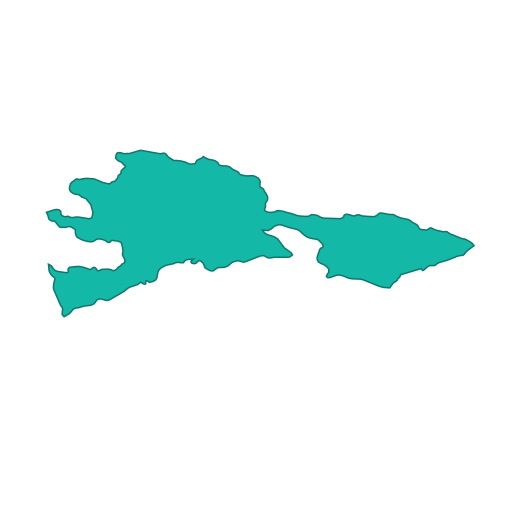 the border of Tak, rotated 279°
{"feature_id": "THA-404", "entity_name": "Tak", "entity_type": "Province", "adm_level": 1, "iso_a3": "THA", "parent_name": "Thailand", "parent_adm1": "", "projection": "equal_earth", "projection_center": [98.786, 16.488], "detail": "fine", "context": "isolated", "style": "filled", "palette": "teal", "viewbox_px": 512, "rotation_deg": 279, "n_neighbors": 0, "source": "natural_earth", "source_scale": "10m", "svg_char_len": 6040}
<svg xmlns="http://www.w3.org/2000/svg" viewBox="0 0 512 512"><g transform="rotate(279 256 256)"><path d="M243.1,194.6L242.0,189.8L241.2,187.5L240.0,186.4L238.0,185.3L237.6,182.8L237.5,180.0L236.8,177.7L235.4,175.5L233.3,170.0L232.0,167.4L229.7,164.5L227.5,162.6L224.9,161.7L218.8,161.5L216.6,160.6L214.9,158.5L213.2,154.7L213.7,154.1L214.4,152.6L214.2,151.3L211.0,151.3L210.7,149.8L211.3,147.9L212.3,146.4L209.5,143.9L205.1,135.6L202.7,133.1L200.7,131.6L190.0,118.4L189.0,116.8L188.7,114.6L189.2,111.1L189.3,109.0L188.5,106.6L187.1,105.4L185.2,104.6L183.5,103.5L181.9,101.2L181.0,98.9L179.7,94.1L177.0,88.5L176.4,86.0L175.3,84.3L174.0,83.3L171.0,81.5L169.2,79.9L166.0,76.0L168.0,73.6L173.3,73.3L174.9,72.7L175.1,72.2L177.0,70.5L190.6,61.9L192.4,61.1L193.6,60.7L198.1,60.6L201.7,61.0L202.3,60.8L202.8,60.6L204.7,57.5L205.9,56.2L208.0,54.5L208.7,54.1L215.4,52.3L214.4,55.3L211.1,58.5L210.1,60.3L209.7,62.9L209.8,69.5L210.0,71.7L210.2,72.5L210.5,72.9L211.5,73.0L213.3,72.4L215.1,73.1L215.8,73.8L217.8,81.4L218.1,84.1L217.8,87.9L216.8,93.7L216.8,94.6L217.0,95.3L218.8,96.5L219.3,97.3L219.4,98.0L219.3,98.7L218.9,99.7L217.2,101.1L216.7,102.1L216.7,102.7L216.9,103.3L218.4,105.2L218.8,106.2L219.9,111.9L219.9,114.6L219.3,116.7L219.4,118.2L219.9,119.1L220.9,120.2L223.4,121.7L224.9,123.6L226.9,124.8L228.4,126.8L229.4,127.3L231.0,127.3L232.0,126.9L235.9,124.1L236.8,123.8L239.1,123.9L240.7,123.7L243.9,122.7L247.9,120.9L248.5,120.1L249.2,116.4L248.9,113.9L249.0,111.5L248.5,110.6L247.2,109.9L246.5,109.3L246.3,108.2L246.5,107.1L247.5,105.2L248.1,102.9L248.4,100.3L248.3,98.2L247.8,96.5L247.3,95.7L245.1,93.1L244.4,91.7L244.2,90.4L244.0,87.6L244.5,82.8L245.8,78.3L246.4,76.8L247.0,75.9L247.7,75.3L249.8,74.2L253.1,73.5L253.7,73.2L254.1,72.9L255.6,69.4L255.9,67.5L255.7,66.3L255.4,65.2L254.4,63.4L254.2,60.8L253.7,59.2L253.7,58.6L254.0,57.4L254.6,56.6L256.8,54.1L258.5,52.4L258.7,51.9L258.9,50.8L258.6,49.0L258.7,48.4L259.3,46.8L259.8,46.0L260.6,45.4L263.6,44.1L266.4,42.2L270.2,49.8L270.8,52.0L270.8,54.2L269.7,56.1L267.2,56.8L265.7,57.7L265.0,59.7L265.0,62.0L265.9,63.8L265.1,66.8L265.4,69.4L266.3,71.9L266.7,74.5L266.7,85.0L267.7,87.7L270.8,88.1L274.2,87.9L279.3,85.5L280.2,85.2L281.1,84.6L285.9,79.3L286.3,78.3L287.0,74.5L288.6,72.0L288.8,71.4L288.8,68.0L289.1,66.0L290.4,63.1L291.0,62.5L292.0,61.7L293.6,61.1L298.3,61.4L300.0,62.5L304.1,66.6L303.9,69.2L304.2,70.5L304.9,72.1L305.7,74.5L306.2,76.8L306.8,83.4L306.6,85.3L306.1,87.2L304.7,93.1L304.2,98.3L304.4,99.8L304.6,100.7L305.9,101.4L306.4,101.9L307.8,104.8L311.2,107.1L313.9,107.4L314.9,108.2L315.6,109.1L316.2,109.4L316.8,109.6L318.9,109.5L320.1,110.2L323.5,112.9L324.3,113.0L325.6,110.9L327.7,108.3L328.2,105.9L328.6,104.8L330.0,102.8L330.7,102.2L331.6,101.9L334.5,102.1L335.5,102.4L336.4,103.4L336.8,105.2L336.8,106.6L336.4,109.3L336.6,111.0L337.0,112.0L337.4,114.9L342.4,125.5L342.0,143.8L342.1,146.2L343.1,148.2L343.2,149.0L343.1,149.9L342.6,151.1L340.0,154.0L337.7,159.4L337.5,160.4L337.9,162.6L338.1,167.1L337.7,171.4L336.5,175.7L336.6,177.5L337.6,181.3L338.0,181.6L340.5,182.3L341.3,182.8L342.6,184.5L344.4,187.3L345.1,187.9L346.0,188.3L344.5,192.3L344.0,194.8L344.0,198.8L343.6,200.8L342.5,203.4L342.0,203.9L340.5,204.9L340.1,205.6L339.9,206.8L339.8,209.1L340.3,212.5L340.3,213.9L339.9,216.0L338.0,219.3L336.5,224.4L335.5,226.0L334.7,226.5L334.0,227.8L333.7,230.2L333.6,232.9L333.8,235.4L334.5,238.3L334.8,240.9L334.4,243.1L333.2,246.1L332.7,246.7L331.3,248.0L330.0,248.5L326.1,248.8L325.2,249.1L324.6,249.9L323.8,252.0L323.3,252.9L320.9,254.4L320.0,255.5L317.0,257.8L315.6,258.4L313.0,258.6L310.8,257.6L309.3,257.1L305.9,257.7L303.1,257.1L302.5,257.4L302.0,258.1L301.2,260.3L301.2,263.0L302.3,267.1L302.7,267.9L304.0,269.5L304.4,271.0L304.4,275.5L303.7,280.9L303.6,283.5L302.4,290.4L302.3,292.7L302.9,298.9L303.3,301.0L304.1,302.8L305.5,304.1L305.7,305.0L305.8,309.3L305.3,311.4L304.8,312.5L304.2,314.7L304.0,316.8L306.0,333.0L306.3,334.0L307.2,335.4L308.4,336.4L310.0,336.6L310.9,337.6L311.4,338.6L311.5,340.8L310.8,345.8L310.9,346.6L312.2,348.9L312.7,350.6L312.8,351.4L312.2,354.4L312.6,360.2L313.2,365.4L313.5,366.6L313.8,367.4L315.2,369.1L316.8,370.4L317.8,371.6L318.1,373.1L317.9,381.2L318.4,384.9L318.3,385.7L317.2,388.8L316.5,391.8L316.2,393.7L315.9,400.1L315.7,401.3L314.8,403.4L313.6,405.5L312.3,409.4L311.8,410.3L311.4,410.9L309.8,412.0L308.5,413.4L308.2,414.1L308.0,415.1L308.3,420.4L308.7,421.3L310.5,422.9L311.0,423.8L311.1,424.4L311.0,425.2L310.0,428.3L309.7,430.0L309.2,437.2L309.8,439.3L309.9,440.7L308.2,444.2L307.8,445.3L307.7,446.9L305.8,454.8L305.3,458.0L305.5,459.3L304.7,462.1L303.5,465.2L302.3,467.6L300.3,469.8L294.9,464.4L292.9,462.8L290.1,461.3L289.3,460.6L289.0,459.9L288.1,456.9L287.0,454.4L281.9,445.9L278.2,438.0L276.7,436.1L274.9,434.5L274.5,433.9L273.9,430.2L273.5,428.8L273.1,428.2L272.8,427.6L268.2,423.8L267.7,422.7L269.1,421.6L269.1,421.0L268.8,419.9L260.5,402.6L259.7,401.6L257.7,401.3L256.0,399.8L255.4,399.5L254.3,399.4L253.5,398.8L250.6,395.7L245.4,393.0L244.9,386.7L245.3,382.8L249.2,365.8L249.5,362.7L248.6,355.6L248.5,351.5L250.0,345.0L250.4,342.0L249.6,338.6L246.2,332.3L245.8,330.0L246.9,328.7L248.4,329.0L251.2,330.3L253.9,330.1L254.9,329.4L256.3,327.9L258.0,324.6L258.8,321.2L259.9,318.4L262.5,316.8L264.7,316.6L272.4,317.9L273.9,318.8L274.6,320.0L275.5,320.8L277.4,320.4L278.5,319.4L281.5,315.2L282.0,313.7L282.0,309.7L282.2,306.1L283.0,302.8L284.6,299.7L288.1,294.4L288.7,291.7L289.3,284.1L290.6,276.7L290.5,273.6L288.3,269.5L285.4,267.1L283.0,264.1L282.6,258.3L279.9,261.2L278.9,263.9L277.9,270.8L276.2,274.8L268.6,282.6L264.8,290.0L262.8,291.9L260.4,289.7L259.6,287.1L257.8,275.0L256.2,270.1L256.0,268.3L257.3,264.7L257.5,263.0L256.5,259.9L248.8,246.7L248.0,244.9L248.0,243.1L248.4,241.3L248.5,239.8L248.2,238.2L247.7,236.5L245.9,233.4L241.5,229.5L239.8,226.3L238.9,221.7L238.3,219.8L234.5,216.0L234.3,213.0L235.3,209.8L236.8,207.0L238.6,206.3L240.7,204.7L242.2,202.6L242.6,200.7L241.6,199.4L239.3,197.8L238.7,195.8L239.0,193.4L240.1,192.6L241.5,193.1L243.1,194.6Z" fill="#14b8a6" stroke="#0f766e" stroke-width="1.5"/></g></svg>